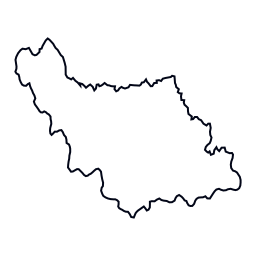 the district of Jordânia, Minas Gerais, Brazil
{"feature_id": "56859067B86488338348138", "entity_name": "Jordânia", "entity_type": "district", "adm_level": 2, "iso_a3": "BRA", "parent_name": "Brazil", "parent_adm1": "Minas Gerais", "projection": "equal_earth", "projection_center": [-40.318, -15.874], "detail": "fine", "context": "isolated", "style": "outline", "palette": "ink", "viewbox_px": 256, "rotation_deg": 0, "n_neighbors": 0, "source": "geoboundaries", "source_scale": "gbopen_adm2", "svg_char_len": 3600}
<svg xmlns="http://www.w3.org/2000/svg" viewBox="0 0 256 256"><path d="M172.1,75.8L170.8,77.0L165.4,78.0L162.8,78.7L161.1,81.0L159.1,80.2L156.6,80.5L156.8,82.9L154.2,83.0L152.3,86.1L150.7,86.2L148.5,83.3L147.0,81.8L146.0,79.4L143.8,82.3L141.8,82.6L140.9,84.5L139.5,85.6L136.2,85.4L134.0,85.3L130.0,84.9L128.5,87.3L125.0,88.5L122.9,87.8L121.5,86.9L119.4,88.4L118.1,90.4L116.2,91.3L114.5,89.1L115.0,86.3L112.8,86.3L111.0,86.1L109.2,85.4L107.4,85.2L104.6,83.0L102.7,84.6L101.1,85.7L99.4,86.2L98.5,84.4L96.7,84.7L95.9,88.6L94.3,90.4L92.7,86.8L90.2,84.5L88.5,85.6L86.0,87.7L84.6,86.1L82.3,84.0L80.1,83.4L80.3,85.6L77.7,82.5L75.4,80.8L73.0,77.9L71.2,79.4L69.4,78.4L67.4,77.5L65.7,74.6L65.6,66.7L64.7,62.9L62.9,57.0L60.8,55.1L57.6,49.8L55.7,48.1L54.4,46.0L53.2,43.8L51.1,41.5L49.5,39.8L47.7,38.5L45.7,40.5L42.6,45.9L41.6,48.6L39.6,49.1L39.5,52.0L36.5,54.9L34.8,55.3L32.5,54.2L28.9,47.9L25.7,49.2L22.5,48.7L20.5,50.2L18.1,53.2L16.3,56.8L15.5,59.8L16.5,66.5L16.4,68.8L15.4,71.7L16.5,73.5L18.6,74.6L19.3,77.1L19.6,79.4L20.7,82.1L22.1,84.6L23.8,85.6L26.1,85.8L27.8,84.1L29.4,83.3L30.1,86.1L31.0,88.4L32.1,90.5L33.0,93.0L34.4,95.5L35.3,98.4L33.9,101.6L34.9,104.4L36.8,107.0L38.4,109.3L39.5,111.1L40.8,112.3L42.5,112.5L44.2,111.4L45.9,112.2L47.2,113.5L48.8,114.4L50.5,116.5L50.6,119.2L51.1,121.2L51.3,123.9L50.7,126.1L50.2,128.1L50.0,130.9L50.4,133.5L51.6,134.9L53.0,133.6L54.7,131.7L57.0,131.7L59.2,130.4L61.4,130.1L62.8,132.1L64.0,135.0L65.8,137.0L66.4,139.5L66.6,143.0L69.0,144.5L69.8,146.6L70.2,148.7L70.2,152.1L69.4,155.6L69.2,158.7L68.6,161.5L68.2,164.6L68.0,167.5L69.5,169.5L71.0,171.7L72.9,171.5L75.1,170.2L77.1,169.1L78.7,169.2L80.4,170.9L82.4,172.9L84.0,174.9L85.8,176.1L87.7,175.7L89.1,174.5L90.7,173.8L92.4,172.4L94.3,170.6L96.0,169.2L98.3,168.7L99.9,170.2L101.0,171.7L101.5,175.4L102.2,179.2L103.1,182.7L102.9,186.1L101.7,187.7L101.1,190.7L102.3,193.9L103.3,195.9L105.5,197.4L108.0,198.5L110.6,199.1L113.1,199.3L115.2,199.3L117.1,200.2L118.6,201.7L118.6,204.2L118.2,206.5L119.2,208.2L120.7,209.1L122.2,209.8L124.0,211.0L125.8,211.7L128.0,211.8L129.8,214.2L131.2,217.0L133.8,217.5L134.8,215.1L135.6,213.2L136.8,211.7L138.1,210.5L139.7,209.4L141.8,207.9L143.8,206.5L145.3,208.3L146.8,210.5L148.5,209.7L149.8,207.5L149.9,204.6L149.9,201.7L151.7,201.2L154.6,201.3L156.9,199.6L159.3,198.5L161.4,200.0L163.6,200.6L166.8,201.0L169.4,202.3L172.0,202.2L174.6,200.6L175.5,198.2L176.8,196.2L179.1,195.0L181.6,196.7L183.3,198.5L184.6,200.4L186.4,201.0L187.2,203.0L188.6,205.3L190.4,206.0L192.3,205.9L194.1,203.9L195.3,200.6L196.6,198.8L198.5,197.6L200.8,197.4L203.0,197.3L205.4,196.3L207.3,198.4L209.9,198.5L211.5,196.0L213.3,193.2L214.7,191.2L216.4,189.5L219.0,188.8L220.8,189.7L223.4,190.5L226.0,190.2L227.8,189.3L230.6,188.8L233.5,189.7L235.6,190.1L237.4,189.6L239.2,188.2L240.3,185.6L240.6,182.6L240.6,180.0L239.8,176.8L238.3,174.5L237.0,172.5L235.2,171.3L233.0,170.6L231.2,168.0L230.8,164.6L231.3,161.5L232.6,158.0L233.0,154.6L232.0,153.0L229.7,153.2L225.7,151.6L224.7,147.6L221.6,147.7L219.2,151.1L217.3,149.2L216.4,147.2L214.3,150.2L213.7,153.7L210.9,154.8L209.6,151.4L208.2,152.6L206.7,151.6L205.0,149.8L205.8,147.0L207.4,145.0L209.7,143.2L210.7,140.9L211.5,137.5L210.3,135.0L210.0,131.7L210.7,127.9L209.9,123.7L208.2,123.7L206.5,125.5L203.5,123.7L201.1,120.2L198.8,119.2L197.1,117.0L194.8,117.0L193.1,119.1L191.4,119.4L191.8,116.5L188.5,114.0L188.0,111.3L187.9,107.9L186.1,106.1L184.5,104.7L183.8,102.6L184.2,100.2L181.4,100.0L181.0,96.2L181.6,93.5L179.4,93.3L177.8,92.1L178.8,89.2L176.2,87.0L175.8,84.8L175.0,83.0L174.7,78.9L174.5,76.4L172.1,75.8Z" fill="none" stroke="#020617" stroke-width="2"/></svg>